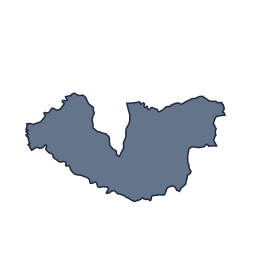 outline of Tupambaé, Cerro Largo, Uruguay, rotated 310°
{"feature_id": "84410073B70761357527", "entity_name": "Tupambaé", "entity_type": "district", "adm_level": 2, "iso_a3": "URY", "parent_name": "Uruguay", "parent_adm1": "Cerro Largo", "projection": "mercator", "projection_center": [-54.805, -32.631], "detail": "fine", "context": "isolated", "style": "filled", "palette": "slate", "viewbox_px": 256, "rotation_deg": 310, "n_neighbors": 0, "source": "geoboundaries", "source_scale": "gbopen_adm2", "svg_char_len": 5569}
<svg xmlns="http://www.w3.org/2000/svg" viewBox="0 0 256 256"><g transform="rotate(310 128 128)"><path d="M112.5,208.1L115.2,207.5L115.8,207.4L116.0,207.4L116.4,207.4L117.5,207.6L121.6,208.2L122.0,208.2L122.4,208.1L122.7,208.0L124.3,206.9L124.9,206.6L125.4,206.4L127.0,205.9L127.4,205.7L127.7,205.4L128.3,204.9L128.8,204.6L129.0,204.5L129.2,204.4L129.5,204.2L130.4,204.0L131.4,204.5L132.8,204.8L134.0,204.7L135.1,204.2L135.6,203.6L135.8,202.8L135.9,201.9L136.1,201.7L136.6,200.8L136.8,200.4L137.0,200.2L137.2,199.9L138.7,198.5L139.0,198.1L139.2,197.8L139.7,196.9L140.0,196.1L140.3,195.7L143.7,192.6L144.1,192.2L144.8,191.8L150.4,188.5L151.2,188.0L152.3,188.4L153.5,188.6L154.7,189.4L155.9,190.5L156.5,191.6L156.9,192.5L157.1,192.6L157.2,192.8L158.0,194.1L158.1,194.4L161.4,197.4L162.7,198.3L162.8,198.4L163.0,198.4L163.7,198.5L164.6,198.4L164.8,198.5L165.2,198.7L165.3,198.7L165.5,198.7L165.8,198.7L166.0,198.8L166.4,199.2L166.6,199.4L166.6,199.5L166.4,199.8L165.9,201.6L165.9,201.8L166.0,201.9L167.0,202.1L168.1,203.7L169.2,205.1L169.4,205.3L170.3,206.2L171.1,207.1L171.3,207.4L173.1,202.9L173.3,202.1L174.5,201.2L175.9,200.5L177.3,200.1L179.0,200.0L179.3,199.1L180.4,198.3L181.5,196.9L183.4,196.3L184.2,195.9L184.8,193.6L185.4,193.2L185.7,192.2L186.0,191.1L185.9,190.5L188.6,189.6L190.5,188.8L193.6,188.2L196.6,190.7L198.1,192.0L198.6,192.4L200.1,194.0L201.1,192.7L201.3,191.7L201.0,190.2L201.9,190.0L203.2,189.9L204.1,189.4L205.0,189.0L205.5,188.3L206.0,187.2L207.0,186.1L207.0,185.5L207.1,184.8L207.1,184.3L206.9,183.9L207.1,183.3L207.6,183.2L205.0,180.7L204.9,178.1L202.3,175.1L201.2,173.5L200.7,170.1L200.4,166.8L200.2,164.8L197.9,162.3L196.1,161.6L194.0,160.5L191.1,157.8L189.4,157.4L187.0,156.1L183.7,154.8L181.3,154.1L180.0,153.0L180.0,151.4L178.6,149.4L177.4,148.4L175.8,147.9L174.4,146.6L171.8,146.4L168.5,143.4L165.7,143.4L163.5,142.6L161.4,142.0L160.3,141.3L160.1,140.1L160.4,139.6L161.0,138.6L160.9,137.8L160.1,136.7L159.8,135.1L159.5,133.9L158.4,132.5L157.1,132.6L156.0,132.6L155.4,132.1L155.5,131.4L155.5,130.4L155.6,129.8L156.5,129.4L157.0,129.1L156.8,128.6L155.9,128.4L155.0,128.2L154.5,127.0L154.9,126.3L155.8,125.8L156.8,125.5L157.2,124.6L157.2,123.7L155.7,123.1L154.8,123.0L154.6,122.1L155.1,121.5L155.5,120.5L154.9,119.5L151.0,116.4L147.3,112.5L146.3,111.2L145.7,111.7L140.1,119.7L138.5,121.7L134.7,124.5L132.0,126.0L130.3,126.3L126.7,126.9L124.7,128.0L122.7,129.7L119.7,132.1L118.0,132.7L116.4,133.1L113.7,134.1L112.8,134.8L110.1,137.4L106.4,138.2L102.9,139.1L101.0,139.5L100.5,139.4L100.3,137.3L100.5,136.0L101.5,135.0L102.3,134.4L102.8,133.9L102.5,131.8L102.2,129.6L102.5,128.5L103.1,125.1L107.4,121.0L108.4,120.2L109.0,119.1L109.2,117.0L109.4,115.1L107.2,110.7L107.0,109.0L105.6,107.0L105.6,104.5L105.6,101.4L106.1,100.5L107.7,99.5L109.0,98.2L109.5,97.0L110.7,95.9L111.9,94.7L114.8,93.4L116.5,93.1L117.8,92.5L119.2,90.2L120.5,89.0L121.4,88.4L121.6,87.4L121.3,84.5L121.3,82.3L122.1,80.2L124.2,75.9L124.3,73.5L124.0,72.1L121.7,70.1L120.6,67.3L120.2,64.6L118.7,63.6L116.9,63.1L116.1,63.6L114.5,62.0L112.7,60.7L111.8,60.0L111.0,61.5L110.4,63.6L108.6,62.5L107.7,60.8L106.9,60.3L105.7,60.8L105.7,63.4L105.1,63.8L103.1,63.7L99.8,64.0L98.0,63.5L95.8,61.8L95.4,59.7L95.1,58.1L94.2,57.0L91.6,57.2L89.6,57.4L88.3,56.9L87.4,56.3L86.5,54.4L85.7,53.9L85.2,54.4L84.6,55.7L84.0,56.7L83.1,57.1L76.6,57.1L69.6,52.9L68.9,50.6L67.2,48.7L66.2,47.8L65.2,48.4L65.3,48.7L65.3,48.9L65.2,49.0L64.0,49.8L63.3,50.1L63.0,50.2L62.7,50.1L62.2,50.2L61.9,50.5L61.7,50.6L61.5,50.8L61.4,50.9L61.4,51.1L61.4,51.3L61.4,51.6L61.5,51.7L61.7,51.9L62.0,52.2L62.2,52.4L62.3,52.5L62.2,52.7L62.1,52.9L62.0,53.0L61.8,53.0L61.6,53.0L61.3,52.8L60.3,52.1L60.1,52.0L59.9,52.0L59.7,52.1L59.5,52.4L59.5,52.6L59.5,52.8L59.9,53.5L59.8,54.0L59.7,54.1L59.5,54.4L59.5,54.9L59.3,55.2L59.1,55.4L58.9,55.5L58.7,55.5L58.5,55.4L58.4,55.2L58.2,54.8L57.9,54.5L57.6,54.4L57.5,54.1L57.3,54.1L57.2,54.1L57.1,54.3L57.0,54.7L56.7,55.0L56.5,55.9L56.7,56.4L56.9,56.7L57.0,56.9L56.7,57.3L56.3,57.4L56.2,57.6L56.1,58.7L55.9,58.9L55.5,58.8L55.2,59.0L54.4,60.3L53.7,61.1L53.7,61.3L53.6,61.7L53.4,62.1L53.3,62.6L53.2,62.7L53.0,62.8L52.8,62.8L52.6,62.8L52.4,62.7L52.1,62.2L51.1,62.0L50.9,62.1L50.8,62.3L50.8,63.0L50.9,63.7L51.1,64.2L51.0,64.6L50.8,64.8L50.4,65.1L49.8,65.8L49.5,66.6L49.4,67.1L49.7,67.6L49.7,67.8L49.6,68.0L49.4,68.1L49.1,68.1L48.6,68.3L48.4,68.2L50.5,69.2L52.3,69.4L54.9,70.7L55.3,72.1L55.5,73.4L57.8,75.1L59.6,75.5L61.2,75.6L62.0,75.5L62.2,76.0L62.0,76.8L61.8,77.3L61.1,77.9L60.2,78.1L59.4,78.1L58.9,78.6L58.4,81.1L58.2,83.5L59.3,86.2L59.2,87.5L58.4,88.5L57.5,89.5L57.4,91.1L57.8,94.4L57.7,96.8L58.8,98.5L59.7,99.3L60.5,99.6L61.6,101.6L61.5,102.2L61.3,103.1L60.2,103.7L59.3,104.1L59.4,105.6L60.3,106.3L61.3,107.2L61.1,107.9L60.5,109.0L59.3,110.6L58.7,112.8L58.4,116.1L58.7,117.7L59.3,118.8L61.6,122.4L62.5,125.0L63.4,127.5L63.9,129.2L63.7,130.9L63.1,132.6L62.2,133.2L61.5,134.7L62.1,135.6L63.1,136.4L64.7,137.1L65.8,138.2L65.7,139.3L64.9,140.4L63.9,142.0L63.8,143.7L64.4,144.5L65.6,145.6L67.2,146.6L68.4,148.6L69.4,150.2L69.3,151.3L68.6,152.2L67.5,152.7L66.2,152.7L64.8,152.8L64.2,153.4L64.6,154.1L65.8,155.0L66.8,155.5L69.0,156.0L70.4,156.9L71.2,158.1L71.1,160.6L70.9,162.2L71.8,163.4L73.0,166.6L73.9,168.9L73.7,171.1L74.4,172.8L75.0,176.8L75.7,179.9L77.4,181.1L80.3,183.0L82.0,183.7L84.0,184.1L83.8,185.1L84.5,187.3L86.4,189.0L86.5,191.5L87.3,191.9L89.1,191.2L90.4,190.0L92.3,190.6L93.9,192.2L97.6,195.6L99.6,198.6L100.9,198.7L103.2,198.0L106.1,196.9L108.4,196.8L110.9,198.4L112.6,199.8L113.0,201.3L112.5,203.6L111.6,205.1L112.5,208.1Z" fill="#64748b" stroke="#1e293b" stroke-width="1.5"/></g></svg>